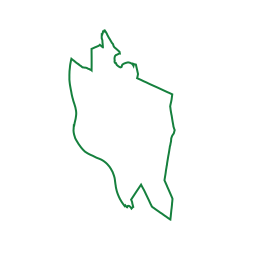 the district of Wijk bij Duurstede, Utrecht, Netherlands, rotated 70°
{"feature_id": "6326949B81496240199161", "entity_name": "Wijk bij Duurstede", "entity_type": "district", "adm_level": 2, "iso_a3": "NLD", "parent_name": "Netherlands", "parent_adm1": "Utrecht", "projection": "robinson", "projection_center": [5.33, 51.991], "detail": "fine", "context": "isolated", "style": "outline", "palette": "green", "viewbox_px": 256, "rotation_deg": 70, "n_neighbors": 0, "source": "geoboundaries", "source_scale": "gbopen_adm2", "svg_char_len": 5351}
<svg xmlns="http://www.w3.org/2000/svg" viewBox="0 0 256 256"><g transform="rotate(70 128 128)"><path d="M200.3,157.8L200.0,157.3L199.8,157.0L200.5,156.8L201.9,156.2L202.1,156.1L202.2,155.9L201.9,155.8L201.7,155.7L201.3,155.1L201.2,155.0L201.2,154.9L201.2,154.7L201.3,154.2L201.5,153.9L201.7,153.7L201.8,153.5L202.2,153.3L202.6,153.0L203.2,152.7L203.5,152.6L204.0,152.4L204.4,152.4L204.9,152.3L204.1,150.7L204.0,150.1L202.7,150.0L202.4,149.9L201.9,149.9L201.0,149.8L200.6,149.8L199.6,149.6L199.1,149.5L198.4,149.5L198.1,149.5L197.6,149.5L196.4,149.6L190.9,142.2L185.7,135.1L187.4,134.9L190.0,134.5L191.9,134.2L193.8,134.0L196.0,133.8L203.0,133.1L206.9,132.8L209.1,132.5L209.9,132.5L210.1,132.4L211.4,131.6L212.0,131.1L212.8,130.6L214.7,129.3L217.1,127.6L218.6,126.6L219.7,125.7L220.7,125.0L222.1,124.1L222.6,123.7L223.1,123.4L224.4,122.4L225.2,121.9L225.5,121.7L226.8,120.8L227.7,120.1L228.1,119.9L228.5,119.5L226.1,118.3L225.7,118.1L223.2,116.9L219.7,115.2L218.2,114.4L214.7,112.7L213.5,112.2L212.8,111.8L210.4,110.7L210.0,110.5L209.6,110.4L209.4,110.4L209.1,110.4L208.9,110.4L205.4,110.6L199.1,111.0L196.4,111.2L195.7,111.2L189.9,111.6L189.6,111.6L189.4,111.5L188.3,110.9L185.8,109.5L184.4,108.7L183.1,108.0L180.6,106.7L179.2,105.9L178.7,105.6L177.4,104.9L177.1,104.7L176.8,104.6L176.3,104.2L174.3,103.2L171.1,101.4L170.2,100.9L167.9,99.6L166.6,98.8L163.6,97.1L162.1,96.3L160.9,95.6L159.9,95.1L159.6,94.9L159.3,94.7L159.0,94.5L158.7,94.2L158.3,94.0L156.6,93.0L155.7,92.4L155.4,92.2L153.4,91.3L152.9,91.1L152.3,90.7L151.4,90.0L151.1,89.7L150.8,89.5L150.6,89.3L150.3,89.0L149.7,88.2L149.4,87.8L148.9,87.0L148.6,86.7L148.3,86.5L148.0,86.3L147.4,85.9L146.7,85.4L146.0,84.9L145.9,84.9L145.7,84.9L145.4,84.8L144.7,84.9L142.7,84.8L142.2,84.8L141.8,84.7L140.3,84.4L136.7,83.8L131.1,82.7L130.1,82.6L129.7,82.5L129.0,82.4L125.8,81.8L122.8,81.1L122.6,81.1L122.4,81.1L122.2,81.0L122.0,80.9L121.1,80.4L120.9,80.3L120.6,80.1L119.5,79.4L118.6,78.8L116.3,77.4L113.8,76.1L111.5,74.9L111.2,75.2L108.7,77.7L107.9,78.6L104.7,81.8L103.6,82.9L103.2,83.3L102.0,84.5L100.1,86.4L97.4,89.2L94.3,92.4L91.3,95.3L89.5,97.2L89.1,97.6L87.4,99.2L84.9,101.8L84.3,102.4L83.3,101.7L83.0,101.5L81.0,100.3L80.9,100.2L80.5,100.1L78.1,99.8L77.5,99.7L71.1,98.9L70.0,100.6L69.7,100.9L70.2,101.0L70.6,101.2L70.9,101.3L71.4,101.6L70.6,101.7L70.1,101.9L69.4,102.1L69.2,102.2L68.9,102.4L68.7,102.6L68.1,103.1L67.7,103.5L67.1,104.2L66.9,104.6L66.6,105.0L66.4,105.5L66.2,106.3L66.2,106.9L66.1,107.6L66.1,109.3L66.1,109.5L66.3,110.7L66.4,111.0L66.5,111.5L66.8,111.9L67.1,112.2L67.2,112.3L67.7,112.6L67.8,112.7L68.4,113.2L68.4,113.3L68.5,113.4L68.5,113.5L68.4,114.1L68.4,114.3L68.4,114.5L68.2,114.7L67.8,115.0L67.5,115.3L67.2,115.6L66.9,115.8L66.6,116.0L64.9,117.0L64.7,117.0L63.2,117.1L62.8,117.2L62.8,117.3L62.7,117.3L62.6,117.6L62.2,118.0L61.4,118.0L61.1,117.9L60.9,117.9L60.6,117.8L60.5,117.7L60.2,117.5L60.1,117.4L59.4,117.3L58.7,117.1L58.0,116.9L57.4,116.6L56.5,116.0L56.2,115.8L55.9,115.5L55.5,114.7L55.3,114.2L55.4,113.7L55.3,113.1L55.1,111.4L55.1,111.1L55.0,110.8L55.0,110.6L55.2,110.2L53.5,109.9L49.2,112.2L48.2,112.8L47.5,113.2L46.1,113.5L45.8,113.5L45.4,113.5L44.5,113.4L44.1,113.4L43.7,113.5L42.5,114.0L42.3,114.1L42.0,114.1L40.3,114.4L38.0,114.8L37.5,114.9L36.8,115.1L36.1,115.2L34.0,115.5L33.4,115.6L32.6,115.6L31.2,115.8L30.8,115.9L30.1,116.0L29.1,116.3L27.5,116.7L29.4,117.1L28.7,118.4L30.3,119.4L30.3,119.5L31.3,120.2L31.0,120.6L33.5,121.6L35.1,122.1L35.4,122.0L35.6,122.0L36.8,122.1L37.6,122.3L38.4,122.6L38.8,122.7L40.1,123.0L43.3,123.9L43.5,123.9L43.6,124.0L43.4,124.2L43.0,124.4L40.2,126.0L40.5,126.6L40.7,127.4L40.8,128.4L40.8,128.7L40.9,130.3L40.9,131.2L41.1,133.4L41.2,135.2L49.4,138.1L57.1,140.9L61.3,142.5L61.1,142.6L60.5,143.3L59.9,143.9L59.6,144.0L58.8,145.1L57.5,146.2L57.4,146.4L57.2,146.6L57.1,146.8L56.9,147.0L56.7,147.5L56.4,148.2L55.8,149.2L55.7,149.5L55.6,149.8L55.0,150.3L54.8,150.4L53.7,151.0L52.7,151.8L51.3,152.7L51.0,152.9L50.9,152.8L49.8,153.7L48.9,154.3L47.9,154.9L47.6,155.0L47.4,155.2L46.1,155.9L45.5,156.4L43.6,157.5L45.1,158.5L46.3,159.2L47.6,160.0L49.0,160.8L50.4,161.5L51.9,162.2L53.3,162.9L54.8,163.6L56.8,164.4L58.3,165.0L60.0,165.6L62.4,166.5L63.9,166.9L65.5,167.3L67.2,167.7L68.8,168.0L72.3,168.6L74.3,168.9L77.1,169.4L78.7,169.6L80.4,169.8L82.0,169.9L83.8,170.1L87.2,170.2L88.9,170.3L90.6,170.4L92.5,170.7L93.9,170.9L95.5,171.3L97.0,171.8L98.5,172.5L99.8,173.2L101.3,174.0L102.4,174.7L103.9,175.7L105.5,176.7L107.2,177.7L107.0,178.0L111.8,180.1L113.8,180.6L115.8,180.9L119.6,181.1L121.7,180.8L126.2,179.9L128.3,179.3L130.4,178.7L131.4,178.3L132.5,177.9L133.0,177.7L134.7,176.9L135.5,176.5L136.7,175.6L137.1,175.3L138.1,174.5L138.8,173.9L140.4,172.4L141.6,171.1L142.4,170.3L145.1,167.8L147.0,165.6L148.5,164.0L148.9,163.7L149.3,163.3L150.6,162.3L151.3,161.8L152.3,161.2L152.9,160.8L153.7,160.4L154.7,159.9L155.4,159.6L156.0,159.4L157.3,158.9L158.5,158.5L159.2,158.4L160.2,158.1L161.6,157.9L162.8,157.7L164.2,157.5L165.2,157.5L166.4,157.5L167.8,157.5L168.3,157.5L169.1,157.6L169.6,157.6L170.4,157.7L171.5,157.9L172.0,158.0L173.3,158.3L176.4,159.0L178.1,159.3L178.8,159.5L180.6,159.8L182.4,160.0L183.2,160.1L185.0,160.2L186.0,160.2L187.3,160.2L188.8,160.1L189.6,160.1L190.2,160.0L191.4,159.9L192.2,159.8L193.8,159.5L194.5,159.4L195.8,159.1L197.4,158.7L198.0,158.5L199.1,158.2L200.3,157.8Z" fill="none" stroke="#15803d" stroke-width="2"/></g></svg>